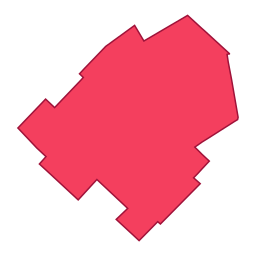 Carmen de Areco, Buenos Aires, Argentina
{"feature_id": "61730980B54882612512948", "entity_name": "Carmen de Areco", "entity_type": "district", "adm_level": 2, "iso_a3": "ARG", "parent_name": "Argentina", "parent_adm1": "Buenos Aires", "projection": "robinson", "projection_center": [-59.843, -34.419], "detail": "fine", "context": "isolated", "style": "filled", "palette": "rose", "viewbox_px": 256, "rotation_deg": 0, "n_neighbors": 0, "source": "geoboundaries", "source_scale": "gbopen_adm2", "svg_char_len": 705}
<svg xmlns="http://www.w3.org/2000/svg" viewBox="0 0 256 256"><path d="M187.6,15.4L143.9,41.0L134.6,25.4L105.7,46.4L98.7,53.7L84.7,68.2L79.5,73.8L83.3,77.4L81.3,79.7L54.6,107.6L45.6,99.1L17.9,128.0L36.9,148.1L46.0,156.6L39.4,164.0L49.6,173.4L78.2,199.9L84.8,192.7L96.9,179.5L127.7,208.4L116.2,219.4L139.1,240.6L157.7,221.7L160.4,224.0L200.2,183.7L193.6,177.8L197.9,173.4L202.2,168.7L209.3,161.1L202.0,154.3L194.8,147.1L202.1,142.0L211.2,136.3L219.2,131.2L234.3,121.6L237.6,119.6L238.1,117.3L231.6,79.7L228.2,61.9L227.1,54.5L227.4,54.5L227.7,54.3L228.3,54.0L228.7,53.9L229.1,54.0L229.3,54.0L229.4,53.9L229.4,53.6L204.2,30.5L201.9,28.5L187.6,15.4Z" fill="#f43f5e" stroke="#9f1239" stroke-width="1.5"/></svg>